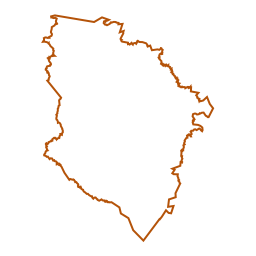 outline of Balleza, Chihuahua, Mexico
{"feature_id": "50627088B93456517929571", "entity_name": "Balleza", "entity_type": "district", "adm_level": 2, "iso_a3": "MEX", "parent_name": "Mexico", "parent_adm1": "Chihuahua", "projection": "orthographic", "projection_center": [-106.603, 26.712], "detail": "fine", "context": "isolated", "style": "outline", "palette": "amber", "viewbox_px": 256, "rotation_deg": 0, "n_neighbors": 0, "source": "geoboundaries", "source_scale": "gbopen_adm2", "svg_char_len": 5675}
<svg xmlns="http://www.w3.org/2000/svg" viewBox="0 0 256 256"><path d="M143.4,240.6L159.5,219.1L159.8,219.3L161.8,216.8L166.0,210.3L168.6,212.9L171.1,213.3L173.5,206.0L168.1,206.8L169.0,199.4L175.7,197.2L175.5,193.2L180.2,183.5L179.7,183.2L179.6,182.3L178.4,180.8L179.1,180.0L178.3,178.9L178.3,178.0L177.5,176.2L177.8,174.3L173.7,174.2L172.3,173.3L174.6,169.8L172.4,168.7L180.3,165.8L180.6,161.8L180.8,161.7L182.0,162.5L182.2,162.0L181.7,161.1L181.6,160.3L182.4,158.7L181.8,157.7L182.1,156.1L181.2,155.9L181.5,152.6L181.2,150.6L181.5,150.3L181.8,151.1L182.4,151.1L182.5,150.8L182.1,150.2L182.4,149.6L183.2,149.9L183.2,149.1L183.9,147.0L183.4,145.3L184.7,144.4L184.1,143.6L184.3,142.5L184.9,141.6L184.6,140.5L186.3,138.0L187.4,137.7L187.0,135.6L188.0,134.9L188.9,136.1L188.6,135.0L189.1,134.3L189.9,134.7L190.7,136.4L191.0,136.4L190.5,135.1L190.9,134.4L191.6,134.1L191.6,133.7L191.1,132.2L190.6,131.7L191.3,130.8L193.1,130.7L194.1,129.5L195.3,129.3L196.6,130.1L199.2,128.5L200.2,129.1L201.0,130.3L202.1,131.2L202.6,130.1L202.3,127.5L200.4,125.9L198.1,124.9L193.3,124.4L192.7,122.4L193.3,121.5L192.8,121.1L192.8,120.6L193.0,120.3L193.3,120.8L193.8,120.8L194.1,119.6L194.5,119.3L192.6,116.4L193.0,114.2L194.5,113.6L195.7,113.6L197.0,114.5L198.8,114.2L199.7,113.3L200.1,113.6L201.9,112.7L203.6,112.6L205.8,115.8L206.6,116.0L207.7,117.1L208.6,117.1L213.1,108.3L209.8,104.0L207.0,97.0L203.2,100.5L200.7,101.2L199.6,100.2L199.6,100.9L199.3,101.3L198.7,99.3L199.2,98.8L197.2,97.7L197.3,96.6L196.2,95.3L198.4,92.8L190.9,91.4L191.1,87.4L190.5,87.5L190.5,86.6L189.7,87.5L189.4,87.1L188.7,87.0L188.4,87.8L187.4,87.0L185.3,88.2L185.1,87.3L184.1,87.0L182.6,87.2L182.0,86.6L181.1,87.3L180.5,86.8L179.4,86.5L179.3,86.0L178.4,85.9L178.5,85.3L179.1,85.2L178.5,84.3L179.3,83.5L178.5,83.3L178.2,82.6L177.9,83.3L177.6,82.3L176.6,81.9L177.0,81.1L178.2,80.5L178.3,80.1L177.5,79.6L177.4,78.5L176.6,78.7L176.6,77.7L176.0,77.9L176.2,78.4L175.9,78.4L175.2,77.5L175.2,76.6L174.7,75.8L173.9,75.5L173.4,74.0L172.7,74.1L172.5,73.0L171.6,72.5L172.1,72.1L171.8,71.6L172.3,71.4L171.7,69.2L171.1,69.4L171.4,68.4L170.4,68.6L169.7,67.5L169.9,66.9L168.8,66.5L168.3,65.9L168.3,65.3L167.6,66.0L167.0,65.4L167.2,65.1L166.4,65.6L166.5,64.7L166.3,64.5L165.4,64.8L165.6,65.2L165.4,65.7L164.1,64.6L163.7,65.7L163.2,65.3L162.8,65.4L162.2,64.7L162.4,62.7L161.7,64.2L161.0,63.8L161.5,62.3L161.4,61.1L160.2,59.9L159.8,59.1L159.2,58.8L158.6,57.5L159.6,57.0L159.2,55.7L159.7,54.3L161.0,53.4L161.5,54.1L162.1,54.0L162.0,53.5L162.4,52.8L162.1,51.1L162.7,49.9L161.4,48.7L161.3,48.2L160.9,48.1L160.7,48.7L159.4,49.8L157.4,49.4L151.9,50.2L150.2,45.6L147.8,46.5L147.7,45.9L147.2,45.7L147.3,44.7L146.1,43.3L142.4,42.1L139.3,42.0L137.8,40.8L137.1,41.3L137.1,42.1L136.2,43.8L135.2,42.9L133.1,43.5L132.8,44.6L132.0,43.9L131.5,42.9L129.7,44.5L129.2,44.0L128.0,44.2L128.0,42.7L122.1,41.6L121.6,41.3L121.1,40.1L121.5,39.8L120.7,39.4L120.6,38.6L123.3,33.4L123.2,32.3L123.6,31.0L119.8,32.3L122.5,23.9L118.4,24.3L118.5,22.9L116.4,22.6L115.8,22.0L113.7,21.9L112.0,22.5L111.1,22.3L110.9,22.9L110.0,23.3L109.7,23.9L107.0,25.2L106.1,24.6L105.2,24.7L103.7,23.1L104.0,21.4L105.2,21.0L105.6,21.6L106.2,20.7L107.4,20.6L108.9,19.8L102.0,17.4L94.1,22.0L54.9,15.4L51.1,16.4L51.3,17.5L52.3,17.3L52.9,17.9L53.7,18.1L55.3,17.8L56.7,18.6L55.9,21.2L56.3,22.8L57.1,23.5L57.1,23.8L56.3,24.1L55.7,23.6L54.5,25.5L51.8,27.1L51.7,28.9L50.9,31.9L51.0,32.5L51.9,33.9L51.9,34.8L51.5,35.8L49.3,36.9L49.4,37.7L48.6,37.4L48.0,38.0L45.8,37.4L44.8,37.6L44.3,38.2L43.9,38.2L44.1,41.0L43.2,41.2L42.9,41.8L44.2,41.6L47.0,42.2L48.4,43.1L48.7,42.9L48.7,43.7L49.6,44.4L50.4,46.0L53.3,48.6L53.1,50.0L53.8,50.8L53.2,52.7L53.3,53.9L52.9,54.3L54.6,55.8L53.3,55.8L52.8,56.1L51.6,55.9L50.1,57.0L49.8,58.0L49.3,57.4L49.2,57.8L48.5,57.6L47.8,58.1L48.5,58.9L49.1,61.1L50.8,63.4L51.0,64.2L50.8,64.8L50.1,65.0L50.0,65.8L47.2,66.3L46.7,67.2L46.7,68.3L45.9,68.6L45.7,69.7L46.9,70.7L47.1,71.6L47.7,71.5L48.1,72.3L47.7,72.8L48.7,73.2L49.0,75.2L49.4,75.6L49.7,76.4L48.7,78.6L48.7,79.9L47.3,80.6L61.1,97.7L60.5,98.9L59.5,99.6L59.1,100.5L59.6,105.2L58.7,105.7L58.2,108.2L57.8,108.6L57.8,110.9L57.3,112.3L57.4,113.4L56.3,114.8L56.9,115.7L56.3,118.2L56.5,119.5L57.2,120.0L57.8,121.4L57.9,122.8L58.7,122.5L59.6,122.9L60.7,124.5L60.8,125.9L62.3,128.7L62.2,129.1L62.8,130.4L62.7,131.6L62.9,132.0L62.0,133.5L61.9,134.6L60.9,133.9L60.3,134.0L60.5,135.2L59.7,135.8L59.3,137.9L58.7,137.7L57.3,138.9L56.6,138.6L56.4,139.3L55.8,138.6L54.9,138.3L54.9,137.8L54.1,137.8L52.3,139.3L52.4,140.7L52.1,140.8L51.9,140.4L51.5,141.1L51.0,140.9L50.8,141.3L48.7,142.1L48.7,142.6L47.5,144.2L47.1,144.1L46.5,143.2L46.0,143.5L45.8,144.0L46.3,145.1L46.2,145.9L46.9,146.6L46.2,147.3L47.3,149.8L46.9,150.2L47.3,150.5L46.4,150.8L45.6,151.8L45.3,153.1L44.2,154.5L44.2,155.4L45.8,155.9L46.7,156.8L47.8,156.6L49.6,159.1L50.6,158.3L52.1,158.5L53.1,160.5L54.2,160.2L54.5,161.1L56.0,161.4L57.2,162.7L57.4,163.2L56.7,163.5L56.7,164.4L57.1,164.3L57.3,163.8L58.9,163.5L59.4,163.7L59.2,165.1L59.7,165.2L60.0,164.7L60.6,164.9L60.8,166.0L61.5,166.7L64.4,172.7L69.3,179.8L70.2,179.0L72.5,179.7L73.2,179.4L74.1,179.9L74.3,180.5L75.1,181.3L75.2,182.1L76.3,182.1L77.2,183.4L78.0,184.0L78.3,184.8L77.9,186.0L78.3,187.0L79.0,187.0L79.7,187.5L80.2,186.6L80.6,186.6L81.5,189.1L83.1,189.8L83.2,190.6L84.1,191.8L84.9,192.2L86.8,193.9L87.9,193.8L89.2,195.2L91.0,196.2L92.0,196.3L92.2,197.5L93.3,198.7L94.3,197.6L95.6,197.5L96.7,198.9L97.4,199.2L97.6,199.9L99.2,200.7L101.5,199.4L102.6,200.4L104.6,200.5L104.7,201.4L105.2,201.8L105.6,201.8L106.5,200.8L107.0,201.0L107.6,202.0L107.6,203.0L107.9,202.3L108.9,202.0L109.7,202.4L111.5,202.2L119.4,207.4L120.9,213.5L128.4,218.1L133.2,230.2L143.4,240.6Z" fill="none" stroke="#b45309" stroke-width="2"/></svg>